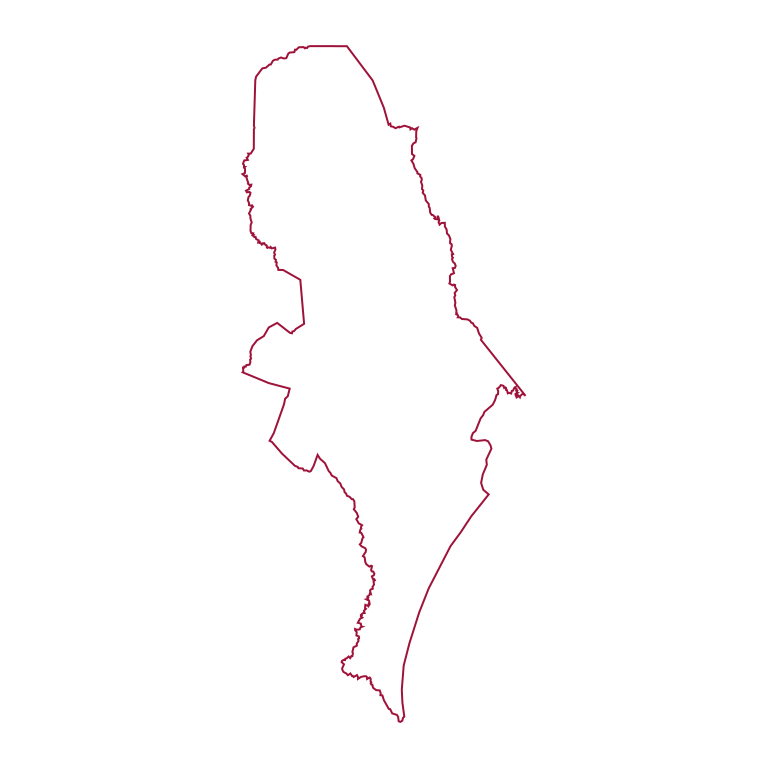 Choma, Southern, Zambia
{"feature_id": "96606910B73975181244202", "entity_name": "Choma", "entity_type": "district", "adm_level": 2, "iso_a3": "ZMB", "parent_name": "Zambia", "parent_adm1": "Southern", "projection": "natural_earth1", "projection_center": [26.92, -16.86], "detail": "fine", "context": "isolated", "style": "outline", "palette": "rose", "viewbox_px": 768, "rotation_deg": 0, "n_neighbors": 0, "source": "geoboundaries", "source_scale": "gbopen_adm2", "svg_char_len": 6075}
<svg xmlns="http://www.w3.org/2000/svg" viewBox="0 0 768 768"><path d="M372.7,80.5L346.9,46.2L310.2,46.1L307.9,46.7L307.1,48.0L305.6,47.7L304.9,48.3L303.6,47.1L298.8,47.3L296.3,49.8L295.0,49.7L294.4,52.1L289.6,52.6L288.3,53.6L286.3,58.1L284.0,58.5L281.0,57.5L278.3,58.6L277.7,59.6L274.8,59.7L272.9,60.8L270.8,64.5L269.4,64.6L265.9,67.7L262.3,68.4L256.1,76.6L255.3,80.2L253.9,125.7L254.5,127.8L253.9,129.4L253.8,148.8L250.7,153.6L248.2,153.6L248.8,155.0L247.5,157.3L246.7,157.6L247.8,159.9L244.2,160.5L243.0,163.8L244.0,165.1L244.0,167.0L244.9,167.0L244.1,167.8L245.0,168.8L245.0,172.2L244.8,173.1L242.5,174.1L245.1,176.3L246.7,175.6L247.0,176.3L246.3,177.2L248.3,183.1L248.0,183.7L249.4,185.0L251.3,184.7L251.0,186.2L249.2,187.7L249.2,189.0L246.0,190.7L246.9,192.3L249.5,192.0L250.5,192.9L249.7,195.8L248.6,196.8L247.8,200.2L249.1,203.2L249.0,205.1L251.5,205.9L252.0,205.4L253.0,206.7L250.6,209.1L251.0,209.6L249.0,213.5L250.4,215.8L250.4,218.3L251.7,222.5L250.7,224.7L250.5,230.8L251.3,233.0L253.2,233.3L252.8,234.4L253.3,234.6L252.3,235.2L252.7,235.7L253.6,235.7L254.3,237.1L255.6,236.9L256.1,239.0L258.7,240.4L258.2,242.4L259.7,242.0L259.6,243.0L261.3,243.6L261.7,244.6L262.4,244.4L262.2,243.4L264.2,243.1L265.2,244.7L266.8,245.5L266.7,247.1L267.3,247.9L268.3,247.4L270.1,247.8L270.6,247.0L271.8,248.4L275.1,247.6L275.4,249.6L274.1,252.7L275.0,254.7L274.2,255.8L274.4,258.6L275.9,259.8L275.6,261.9L276.7,262.4L276.4,265.4L278.1,267.9L278.3,269.9L283.1,270.0L300.3,279.8L304.1,323.8L295.8,329.0L294.2,331.0L292.4,331.5L292.0,333.3L289.9,332.8L277.2,322.9L268.8,327.4L263.8,336.1L257.0,340.3L252.4,346.2L250.3,351.8L250.9,355.1L250.4,356.4L251.1,358.6L250.1,359.7L250.4,362.1L249.5,364.7L246.4,365.1L245.8,366.6L244.3,366.5L244.2,367.6L243.0,367.6L243.3,371.5L242.6,372.3L268.8,383.1L289.7,388.6L287.8,396.2L285.1,398.8L284.0,404.3L273.8,433.1L269.6,440.8L272.0,442.0L282.0,453.6L295.0,465.9L297.8,466.9L298.4,468.2L302.7,468.5L304.0,470.5L306.5,470.4L309.3,471.7L310.9,471.0L313.7,465.8L317.6,454.9L320.0,458.7L325.0,463.2L328.8,471.2L330.4,472.8L331.7,475.5L336.4,478.1L337.7,481.2L340.3,483.5L341.6,486.9L344.0,489.4L344.6,492.2L346.1,493.5L346.9,495.7L349.6,496.8L351.7,499.1L352.9,499.1L354.3,501.1L354.7,507.5L353.8,509.2L356.9,513.1L358.2,516.9L356.3,519.1L358.7,523.3L362.1,525.2L361.3,526.2L360.9,527.8L361.3,528.6L360.4,529.4L359.7,532.5L361.3,532.9L363.5,537.2L362.4,538.5L361.3,542.8L359.8,544.4L361.5,546.3L365.4,548.3L366.0,549.9L365.7,551.9L362.9,556.1L364.6,557.3L365.3,562.0L366.3,564.2L369.4,566.6L371.2,565.7L372.0,566.2L371.1,570.0L371.8,571.4L373.3,571.6L374.4,573.8L373.8,575.3L371.9,576.3L372.8,578.9L374.2,579.1L374.9,580.3L373.5,581.0L374.0,584.6L372.5,587.0L372.8,588.7L370.7,589.5L370.0,590.7L370.9,594.0L369.8,593.6L369.4,595.2L367.4,596.5L367.3,597.1L368.2,597.7L367.6,599.0L366.4,599.3L367.6,599.9L368.1,599.4L369.1,600.9L369.7,604.2L368.6,605.8L368.4,604.6L367.9,605.9L365.4,604.8L365.0,608.2L365.9,608.8L363.9,610.8L364.6,613.0L362.8,613.2L361.7,614.2L361.8,615.1L360.9,615.1L360.9,616.5L362.3,617.6L360.0,618.8L357.8,622.8L360.8,623.6L361.4,626.5L362.2,626.7L360.6,627.3L359.7,629.4L356.6,629.7L355.1,629.0L355.1,630.1L356.7,632.1L356.4,635.5L358.8,636.4L359.1,638.4L358.1,639.1L358.5,640.9L356.7,643.7L356.9,645.6L353.5,647.3L352.4,651.9L352.9,653.2L352.4,656.1L351.3,656.1L350.2,658.1L348.6,656.5L346.6,658.4L345.3,658.7L345.0,660.1L343.6,659.9L342.0,660.9L341.6,662.1L344.0,664.3L342.1,668.5L342.4,669.9L343.4,671.9L346.2,673.4L347.9,675.2L350.4,673.5L352.1,676.1L352.8,675.9L353.6,677.0L357.0,675.1L358.0,677.1L358.0,678.9L361.1,676.9L363.8,676.3L365.9,676.2L366.9,677.1L367.1,679.0L369.6,677.5L370.1,677.8L370.7,679.1L370.6,681.7L371.3,682.3L370.7,683.4L371.4,684.6L372.4,684.7L373.0,687.7L376.1,690.1L379.7,690.4L380.7,693.2L380.4,695.2L382.4,695.4L383.9,700.2L388.8,708.9L390.2,709.2L392.2,713.4L396.9,714.9L398.1,716.8L398.7,721.3L400.3,721.9L402.3,720.7L403.0,717.9L404.3,716.6L402.4,702.6L401.8,689.6L403.7,665.5L409.5,643.0L419.2,612.4L428.7,588.4L450.6,546.0L460.7,532.3L471.2,516.4L488.7,494.4L483.3,489.8L481.1,482.9L482.8,474.4L486.8,464.9L486.3,459.6L491.4,448.7L490.5,445.3L488.0,441.2L485.0,440.1L476.9,441.0L471.5,439.6L471.4,437.1L472.9,433.1L475.6,430.9L480.7,418.2L483.1,415.2L484.4,411.9L492.8,404.6L495.1,400.0L496.6,394.9L498.0,394.2L498.2,391.1L497.3,388.6L498.9,387.7L500.9,385.1L503.5,385.8L504.2,388.0L505.4,387.4L506.1,388.0L506.0,389.9L506.9,390.1L507.8,393.3L508.8,392.8L511.2,393.5L511.8,390.9L513.0,390.6L514.6,387.4L515.7,387.0L515.5,388.4L516.8,389.3L516.2,390.6L517.3,390.9L516.7,392.5L517.6,392.8L515.4,394.1L515.7,395.2L517.1,394.5L517.7,395.0L516.3,396.1L516.6,397.4L518.7,396.0L519.9,397.3L520.2,396.0L522.8,393.6L525.5,395.8L480.9,339.8L481.7,337.8L479.0,333.5L477.2,327.9L474.3,325.9L472.8,323.2L471.3,322.7L469.9,320.7L467.5,319.4L461.9,319.0L460.0,317.4L457.9,317.3L458.3,316.6L457.9,315.2L456.3,314.3L456.9,313.3L456.2,313.0L456.5,310.5L454.8,305.3L455.4,302.7L454.3,297.2L455.3,295.3L454.6,293.1L457.0,290.0L455.0,286.9L455.1,285.0L453.9,284.6L452.7,285.4L449.4,283.5L450.0,281.7L449.9,276.1L451.0,274.4L454.0,273.2L452.7,268.2L454.9,267.9L455.7,265.9L454.8,263.5L453.0,261.9L452.0,259.1L452.9,257.7L452.2,257.1L451.8,254.4L453.1,254.1L450.8,249.8L451.9,245.6L451.4,243.9L450.2,243.4L450.0,242.5L450.4,239.1L449.0,235.5L447.0,233.5L446.6,229.5L444.9,226.5L444.8,222.8L441.4,223.0L439.6,224.6L438.6,222.3L439.3,220.2L438.2,216.5L437.7,216.5L437.7,219.4L435.0,219.0L434.3,218.4L435.3,217.2L432.8,215.0L431.7,214.9L430.2,212.7L429.7,207.9L428.8,206.7L428.8,204.1L425.8,200.5L425.0,195.5L422.7,192.8L423.3,190.5L422.0,189.1L422.3,185.4L421.0,181.9L421.8,179.7L421.5,177.9L420.2,176.6L420.3,174.8L417.4,173.4L417.5,172.3L414.6,168.0L413.5,164.0L411.4,160.4L412.9,159.4L414.4,155.9L412.0,154.0L411.9,145.8L413.5,143.3L415.6,142.3L416.5,138.2L416.1,137.3L416.3,130.9L417.5,127.9L414.2,129.6L412.0,128.2L410.5,129.3L410.2,127.5L404.5,125.7L399.4,127.4L398.9,126.7L395.5,128.2L393.2,126.8L390.8,126.3L390.3,123.6L388.6,124.7L383.9,107.9L372.7,80.5Z" fill="none" stroke="#9f1239" stroke-width="2"/></svg>